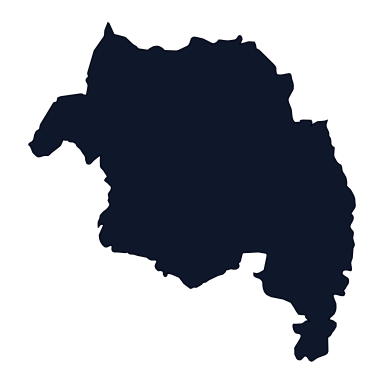 map outline of Amhara (Albers equal-area conic projection)
{"feature_id": "ETH-3109", "entity_name": "Amhara", "entity_type": "Administrative State", "adm_level": 1, "iso_a3": "ETH", "parent_name": "Ethiopia", "parent_adm1": "", "projection": "albers", "projection_center": [38.049, 11.266], "detail": "fine", "context": "isolated", "style": "filled", "palette": "ink", "viewbox_px": 384, "rotation_deg": 0, "n_neighbors": 0, "source": "natural_earth", "source_scale": "10m", "svg_char_len": 5925}
<svg xmlns="http://www.w3.org/2000/svg" viewBox="0 0 384 384"><path d="M85.3,95.6L86.3,95.2L86.9,93.9L88.2,86.4L88.2,84.8L87.9,83.8L86.4,81.1L86.4,79.6L87.1,78.4L88.1,77.5L88.7,76.5L88.7,75.9L88.0,74.2L87.9,73.0L94.4,50.8L104.2,36.8L104.8,34.9L105.0,31.1L105.3,29.8L108.0,23.0L108.9,23.7L113.5,33.9L114.4,35.0L115.5,35.0L124.1,37.3L125.4,37.8L132.6,44.6L136.2,46.8L137.8,48.7L139.0,49.2L146.7,50.3L148.0,50.4L148.9,49.8L149.7,49.0L153.3,47.0L155.2,46.6L157.2,46.4L158.9,46.8L160.8,47.6L162.5,48.8L164.2,50.6L165.1,50.8L176.4,51.2L178.4,50.8L187.4,46.5L188.5,45.7L189.4,44.6L190.0,43.4L191.6,38.7L193.2,37.5L195.7,37.5L203.0,39.2L211.7,43.6L213.9,44.0L216.1,43.0L217.3,42.1L219.0,40.2L221.4,40.4L224.7,40.9L228.5,41.1L234.9,40.2L236.3,39.5L237.3,38.4L238.6,36.4L239.7,35.8L240.4,36.0L241.1,36.8L241.6,37.9L241.8,39.4L239.8,44.1L240.2,44.3L245.7,42.9L248.3,42.1L249.6,42.0L254.3,42.4L255.3,44.9L255.8,47.8L256.2,49.0L258.9,50.3L273.6,64.8L275.3,66.9L275.7,69.0L275.6,70.3L275.8,71.9L276.1,73.5L276.6,74.4L277.4,75.0L278.6,75.2L281.9,75.2L289.1,73.8L290.3,74.3L290.9,75.6L291.2,77.7L291.7,79.9L292.5,82.3L293.1,85.2L293.0,89.0L288.2,97.9L287.8,100.1L288.3,102.5L291.0,109.3L291.8,116.7L292.1,118.2L292.7,120.0L293.7,121.6L294.8,122.6L295.4,122.7L300.3,122.5L300.6,120.8L302.6,120.3L310.9,120.5L311.5,121.6L311.7,123.0L311.5,124.4L311.2,125.5L317.2,122.1L317.9,121.9L322.6,121.6L324.9,121.3L327.0,120.6L326.0,123.8L325.8,124.5L325.9,126.2L326.4,128.1L328.1,131.6L328.6,133.4L328.5,135.2L328.6,136.1L329.8,137.8L330.2,138.8L330.6,140.8L330.7,143.7L331.0,144.7L331.8,146.0L332.3,146.7L333.9,147.6L334.0,147.9L333.5,154.4L333.6,156.3L334.1,157.6L336.4,161.8L337.6,163.2L339.0,164.4L340.8,165.3L341.4,167.2L341.9,170.7L342.5,172.2L345.3,176.8L345.9,178.4L346.5,182.1L346.4,186.0L348.4,188.2L349.7,189.3L350.7,190.6L353.4,195.5L354.0,197.2L354.5,199.0L354.7,202.2L355.0,204.6L355.0,205.8L354.8,207.0L354.3,208.0L350.6,213.7L352.3,215.5L353.1,217.3L352.9,219.1L352.2,220.9L350.3,224.3L349.8,225.7L349.8,227.2L350.6,229.0L352.7,231.5L353.1,232.4L353.1,233.9L352.5,237.2L352.5,238.8L354.1,244.1L353.9,245.8L353.1,247.3L352.7,248.6L352.1,257.2L351.9,258.4L350.7,261.5L350.5,263.4L351.3,268.7L351.2,270.0L350.7,270.5L346.8,269.7L345.2,269.7L343.6,270.1L342.5,271.0L341.9,272.7L342.0,274.0L342.8,275.2L344.3,276.3L346.3,277.5L347.7,278.5L348.3,279.9L348.2,282.5L347.7,283.9L345.9,286.6L345.3,287.9L343.5,290.2L343.5,291.2L344.3,292.7L344.6,293.5L343.7,295.4L341.1,295.4L335.5,293.8L332.9,294.6L333.1,297.3L335.6,303.6L335.8,307.1L335.4,310.5L334.1,313.5L331.7,315.9L330.3,317.0L329.4,318.0L329.2,319.1L330.1,320.2L332.7,320.9L333.5,321.4L335.9,323.2L335.9,326.4L334.1,329.5L331.9,332.4L330.4,335.1L327.4,337.5L327.7,351.2L327.0,353.1L325.0,354.5L318.1,357.0L315.8,358.3L312.7,360.6L311.3,361.0L309.6,360.0L307.2,356.4L305.2,355.7L304.2,356.0L300.7,359.5L299.3,359.6L298.1,359.3L297.3,358.7L296.8,358.0L295.1,354.3L295.0,353.2L295.1,351.9L294.9,348.1L300.6,338.7L301.4,336.5L301.2,334.5L299.8,333.5L296.2,332.8L294.9,331.7L293.9,329.5L293.3,327.0L293.2,325.1L293.6,324.5L296.2,324.5L302.0,324.1L302.8,323.7L306.0,321.3L307.7,321.0L310.2,321.8L306.3,317.7L305.8,317.1L306.1,315.5L304.7,314.7L302.7,314.3L301.2,314.4L298.7,314.0L296.6,311.1L294.2,306.9L291.0,302.2L283.3,298.8L271.2,296.4L266.9,294.3L264.7,291.7L263.6,288.6L263.1,285.3L263.0,281.9L262.8,281.5L261.6,279.7L260.2,278.5L259.6,278.2L255.4,276.6L254.1,275.4L254.0,273.3L256.6,273.9L259.2,273.3L263.5,270.9L264.4,270.0L267.2,256.4L267.3,254.0L266.1,253.0L258.4,251.7L243.0,252.5L242.3,253.0L242.0,253.7L240.2,260.9L239.8,261.7L239.2,262.2L238.6,262.4L238.3,262.8L238.3,263.8L238.8,265.9L238.7,266.6L237.8,267.9L236.3,268.7L234.6,269.0L233.0,268.9L231.3,268.5L230.7,268.5L228.2,269.3L226.3,269.7L225.6,270.3L225.0,271.8L223.3,273.4L222.8,273.8L222.1,274.1L218.2,275.1L208.8,279.6L205.7,281.8L205.1,282.0L203.2,282.2L202.8,282.5L201.2,284.3L196.5,287.0L195.9,287.1L194.2,286.8L193.3,287.0L191.4,288.0L190.3,288.1L184.1,283.4L183.1,282.2L182.8,281.4L181.2,279.6L179.9,277.7L179.0,277.0L172.6,274.2L170.4,273.5L168.1,273.2L167.1,273.6L166.6,275.4L165.9,276.2L165.2,276.3L164.6,276.0L163.8,274.8L163.6,274.0L163.5,271.8L162.9,271.1L161.9,270.6L160.8,270.3L159.9,270.3L158.7,270.5L158.3,270.4L157.7,270.0L156.1,268.4L155.3,266.1L156.0,264.0L157.0,262.1L156.8,260.3L155.8,259.8L151.4,259.8L150.1,259.3L148.8,258.6L146.9,257.0L137.4,255.1L134.7,254.2L133.3,253.9L130.2,253.7L129.5,253.5L128.9,253.1L127.8,252.0L127.2,251.9L125.6,252.4L125.0,252.4L117.4,251.7L114.4,251.7L113.0,251.2L112.2,249.9L112.1,248.7L112.3,247.5L112.3,246.4L111.6,245.4L110.8,245.1L110.1,245.2L106.8,246.8L105.2,246.7L103.7,245.6L102.2,243.9L100.9,241.7L99.9,238.9L99.5,235.1L103.8,225.3L102.9,224.1L101.5,224.1L100.2,224.6L99.2,225.5L98.6,226.8L98.4,226.9L98.3,223.8L98.5,221.8L100.2,218.0L100.3,216.0L101.2,214.7L103.4,212.2L106.8,209.6L108.6,207.6L110.3,204.7L108.3,200.4L109.1,198.4L109.0,197.0L108.5,194.4L109.2,192.9L110.4,191.3L111.4,189.3L111.6,186.6L107.6,182.5L106.5,181.8L104.9,180.4L105.5,179.0L106.8,177.7L107.6,176.6L107.5,176.1L103.7,170.2L101.5,167.9L100.7,166.6L100.5,160.6L100.8,156.2L100.3,155.4L98.8,155.9L96.3,157.8L93.6,160.0L90.8,163.0L89.6,163.8L88.3,163.9L87.0,163.3L86.0,160.3L85.6,156.9L84.9,155.2L83.3,153.3L80.7,149.1L78.0,146.7L77.1,145.8L76.3,144.0L75.7,143.2L74.1,142.3L73.8,142.0L72.8,141.7L70.9,141.6L69.2,141.4L68.4,140.1L67.8,140.0L65.8,140.0L63.0,139.7L62.6,140.0L60.8,144.4L59.7,145.9L51.3,152.4L49.7,154.0L48.3,155.2L47.0,155.3L45.1,155.2L43.3,155.5L39.6,156.6L38.1,156.6L36.6,155.8L35.0,154.3L33.1,152.4L30.7,146.3L29.0,144.8L29.2,143.9L29.8,143.3L32.2,141.9L33.5,140.4L34.1,138.8L34.8,135.1L36.0,132.2L36.5,131.5L37.2,130.9L38.6,130.2L39.3,129.6L39.9,128.7L40.3,126.0L41.0,124.1L53.5,103.5L54.1,102.8L54.7,102.6L56.0,102.5L56.5,102.3L57.2,101.5L58.0,98.1L58.2,97.9L60.9,96.9L80.7,94.1L82.1,94.3L83.5,95.1L85.3,95.6Z" fill="#0f172a" stroke="#020617" stroke-width="1.5"/></svg>